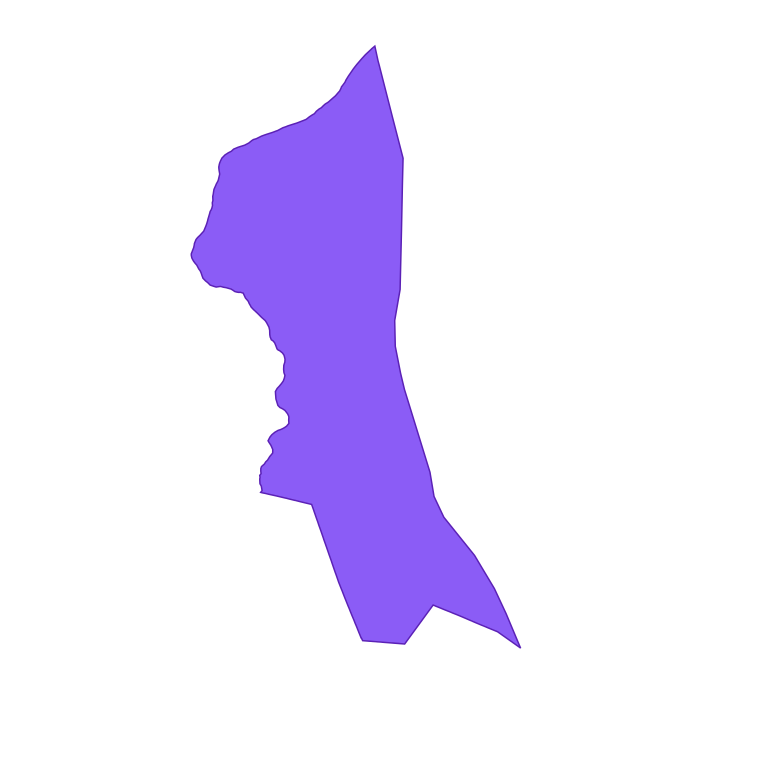 outline of At Tina, Western Darfur, Sudan, rotated 330°
{"feature_id": "16777658B29691256653968", "entity_name": "At Tina", "entity_type": "district", "adm_level": 2, "iso_a3": "SDN", "parent_name": "Sudan", "parent_adm1": "Western Darfur", "projection": "orthographic", "projection_center": [23.027, 15.059], "detail": "fine", "context": "isolated", "style": "filled", "palette": "violet", "viewbox_px": 768, "rotation_deg": 330, "n_neighbors": 0, "source": "geoboundaries", "source_scale": "gbopen_adm2", "svg_char_len": 4240}
<svg xmlns="http://www.w3.org/2000/svg" viewBox="0 0 768 768"><g transform="rotate(330 384 384)"><path d="M370.2,681.2L374.9,644.1L377.3,616.4L376.7,577.7L369.2,529.3L371.1,506.4L379.7,483.4L399.0,398.9L403.7,383.1L412.6,357.0L425.0,334.4L445.2,310.2L476.5,258.8L499.9,220.1L513.4,198.0L524.9,156.6L539.2,105.7L540.4,101.2L545.0,86.8L542.8,87.2L541.0,87.5L540.0,87.8L533.9,89.2L532.3,89.6L527.3,91.2L520.4,93.6L516.9,95.0L515.0,95.8L507.2,99.5L503.1,101.7L501.0,103.2L495.6,105.5L494.9,106.2L493.6,107.1L492.1,108.1L490.5,108.6L485.9,110.2L482.7,110.8L476.8,112.0L475.5,112.1L474.1,112.1L472.7,112.2L470.0,112.8L467.9,113.4L465.3,113.4L461.7,114.0L458.9,115.1L456.2,115.1L452.9,115.3L449.0,115.9L445.9,115.5L444.1,115.2L440.7,114.7L438.4,114.3L435.4,113.6L429.8,112.4L427.5,112.1L424.6,111.5L418.6,111.3L416.6,110.9L415.2,110.7L412.9,110.3L407.4,109.1L405.4,108.7L402.0,108.1L400.5,108.0L395.9,107.7L393.1,107.0L391.1,107.1L387.4,107.7L382.8,107.5L380.0,106.9L379.2,106.7L376.0,106.0L371.2,105.4L368.2,106.1L364.5,105.9L363.5,106.0L360.9,106.1L356.6,107.3L353.9,109.1L353.0,109.8L352.1,110.5L351.1,111.5L350.6,112.1L349.4,113.5L348.7,114.9L348.0,116.5L346.7,120.0L346.0,120.8L344.0,122.9L342.4,124.6L341.2,125.5L339.0,126.8L336.6,128.6L336.0,129.0L334.0,130.5L332.2,132.7L331.2,134.0L329.5,135.9L327.6,139.5L326.0,141.1L325.8,141.4L324.7,143.7L323.0,145.5L322.0,146.3L321.0,147.0L319.8,147.6L318.3,149.1L317.8,149.6L315.7,151.6L313.9,153.3L312.7,154.6L311.0,156.2L310.1,157.0L309.0,157.9L306.4,159.9L304.3,161.5L301.4,162.4L299.0,163.2L296.8,163.7L295.4,164.1L293.4,164.9L292.4,165.7L290.1,167.5L289.1,168.8L287.4,170.7L285.4,172.3L284.3,173.2L284.1,173.4L282.9,174.3L282.1,175.0L281.4,176.3L280.6,178.8L280.5,180.6L280.5,182.5L280.8,185.0L281.2,187.0L281.3,187.4L281.1,191.8L281.4,193.9L281.2,196.1L280.6,199.1L280.1,201.9L281.0,205.5L282.0,208.0L282.9,211.4L285.5,214.4L287.1,216.1L290.9,217.6L292.1,218.6L293.2,219.8L295.5,221.7L299.0,225.3L300.4,227.9L300.4,228.0L301.0,229.3L302.2,230.5L302.5,230.8L304.1,232.1L305.4,232.7L307.5,234.9L307.0,240.2L307.8,244.6L307.5,246.8L307.5,249.6L307.4,250.9L308.2,254.3L309.7,259.1L311.3,265.1L312.8,269.6L313.0,272.2L312.8,277.2L312.4,278.5L311.8,280.4L310.8,282.2L309.7,284.3L308.9,286.5L308.8,287.6L308.5,289.3L309.5,291.3L309.9,293.7L309.5,296.7L308.9,300.2L309.3,301.6L310.3,303.0L311.6,306.4L311.8,309.2L310.7,313.0L309.1,315.4L306.6,317.7L304.4,321.1L303.0,324.2L302.5,327.0L300.6,329.1L298.2,331.1L295.3,332.4L292.0,333.6L289.3,334.4L286.2,336.2L284.9,338.8L282.9,343.0L281.4,349.5L282.1,352.3L283.7,354.7L285.0,357.3L285.6,361.6L285.4,364.0L285.0,365.2L283.4,367.6L281.9,370.6L280.2,371.2L278.6,371.8L276.3,372.0L274.4,372.0L271.8,371.8L269.1,371.2L265.4,371.2L261.7,371.8L259.0,372.8L257.5,373.7L255.2,375.2L255.2,377.3L255.4,380.6L254.9,385.1L253.1,388.1L251.0,388.9L248.8,389.7L245.1,391.7L242.6,392.3L240.4,393.5L239.9,393.6L236.7,394.2L235.0,395.7L233.7,397.9L232.7,400.2L230.7,401.0L230.0,402.8L228.8,404.3L226.7,408.4L226.7,411.0L225.1,415.4L223.7,415.9L223.0,416.2L224.3,417.5L226.6,419.5L229.0,421.8L234.7,427.0L236.4,428.6L241.7,433.6L242.1,433.9L244.1,435.9L248.6,440.2L248.8,440.3L253.1,444.5L261.1,452.1L261.0,452.7L260.8,453.8L259.9,458.7L259.8,458.9L259.8,459.1L258.4,466.3L257.9,468.9L257.8,469.7L257.0,473.5L256.0,479.1L254.3,487.8L254.2,488.1L253.1,494.1L252.9,495.0L252.8,495.7L252.1,499.3L251.1,504.4L249.8,511.5L249.6,512.3L248.6,517.4L248.1,520.0L247.5,523.1L247.2,524.9L246.1,530.6L245.7,532.6L245.5,533.8L245.4,534.6L244.5,540.6L244.3,542.3L244.0,544.1L243.1,549.9L243.0,550.7L242.6,553.5L242.1,557.0L241.9,558.4L241.6,560.9L241.0,564.9L240.4,569.3L240.2,571.0L239.9,573.4L239.3,577.3L239.1,579.2L238.6,582.8L238.5,583.1L238.2,585.6L238.1,585.9L237.9,587.6L237.8,588.4L237.6,589.7L237.5,590.5L237.2,592.5L237.4,592.6L237.2,595.6L271.9,619.5L316.0,600.0L316.2,600.3L316.9,601.1L317.3,601.6L317.6,602.1L318.3,603.0L318.8,603.6L319.2,604.1L320.6,605.9L320.9,606.3L321.3,606.8L321.5,607.1L321.9,607.6L322.1,607.9L322.9,608.9L323.9,610.2L325.5,612.2L325.7,612.5L326.7,613.7L328.1,615.5L328.8,616.5L331.6,620.0L335.2,624.7L344.0,636.5L347.5,641.1L358.5,655.4L364.3,668.0L369.9,680.2L370.2,680.9L370.2,681.2Z" fill="#8b5cf6" stroke="#5b21b6" stroke-width="1.5"/></g></svg>